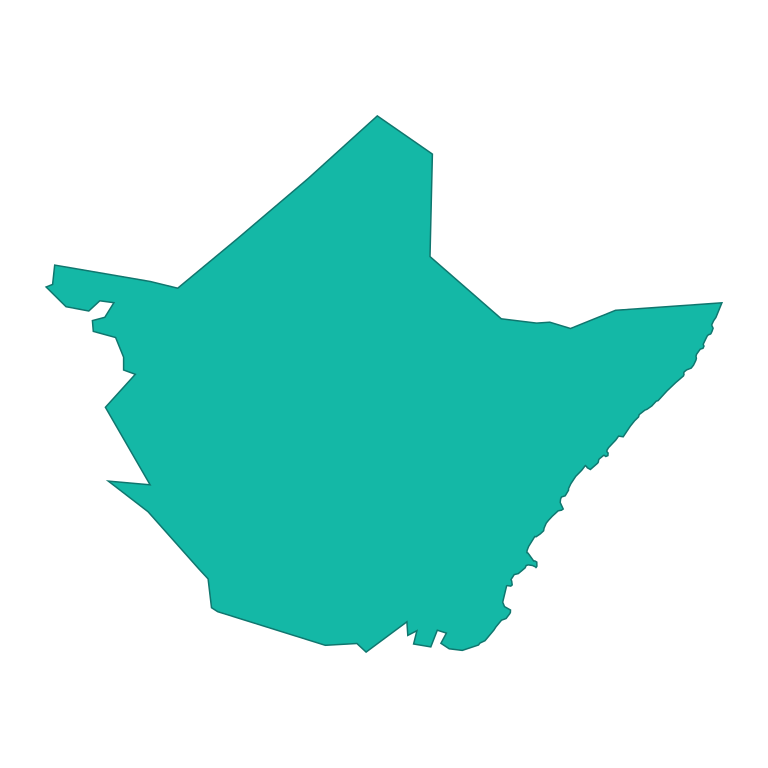 Greenbrier, West Virginia, United States of America (Albers equal-area conic projection)
{"feature_id": "52423323B57989185183638", "entity_name": "Greenbrier", "entity_type": "district", "adm_level": 2, "iso_a3": "USA", "parent_name": "United States of America", "parent_adm1": "West Virginia", "projection": "albers", "projection_center": [-80.27, 37.976], "detail": "fine", "context": "isolated", "style": "filled", "palette": "teal", "viewbox_px": 768, "rotation_deg": 0, "n_neighbors": 0, "source": "geoboundaries", "source_scale": "gbopen_adm2", "svg_char_len": 2079}
<svg xmlns="http://www.w3.org/2000/svg" viewBox="0 0 768 768"><path d="M54.7,265.1L52.6,284.4L46.1,287.0L66.0,306.7L88.8,311.0L99.8,300.8L113.9,302.7L104.8,317.3L92.4,320.6L93.3,331.4L115.6,337.5L123.6,357.2L123.6,370.0L135.3,374.3L105.4,407.3L150.1,484.8L108.3,481.1L148.0,511.7L199.2,569.3L208.1,578.9L211.5,607.7L217.7,611.7L325.3,645.3L356.9,643.5L366.1,652.1L406.9,621.8L407.8,635.4L416.9,630.7L413.6,644.0L430.8,646.9L437.3,630.2L446.4,633.1L440.9,643.3L449.2,648.8L462.3,650.4L478.5,645.0L479.9,643.1L485.0,640.7L493.8,630.2L496.0,626.8L501.5,620.2L506.1,618.5L509.8,613.6L510.4,612.4L510.5,610.0L504.5,606.6L502.7,602.2L506.6,585.9L507.3,585.6L510.8,586.1L512.2,584.9L511.7,581.1L511.0,579.6L514.2,574.6L518.3,573.6L525.1,567.9L526.2,565.5L528.3,564.9L532.5,565.5L535.5,566.9L536.0,567.5L536.3,567.2L536.9,566.2L536.8,562.1L534.8,560.9L533.7,561.0L528.0,553.1L526.9,552.6L527.1,550.4L528.6,546.5L534.8,536.5L536.0,536.8L536.5,536.5L540.3,533.9L543.6,530.8L544.1,528.1L546.2,523.2L548.6,520.2L552.2,516.3L558.2,510.8L561.5,510.2L563.2,509.0L560.2,502.5L560.6,498.9L561.5,497.0L565.2,495.8L568.5,490.3L568.6,488.4L570.8,483.8L575.7,476.4L581.7,470.3L585.3,465.6L586.5,466.5L587.3,467.8L590.4,469.5L597.6,463.2L598.3,462.1L598.7,459.8L599.3,458.9L603.6,455.4L604.1,455.3L605.8,456.5L607.9,455.6L608.1,453.0L606.9,451.7L607.0,450.2L608.5,447.7L615.8,440.0L618.6,436.1L623.2,436.8L630.2,426.3L634.6,420.8L638.5,417.0L639.2,414.6L644.9,410.1L647.0,409.3L652.0,405.8L652.3,405.4L656.2,401.2L658.1,400.6L666.9,391.0L675.6,382.7L683.5,375.9L684.0,374.3L683.7,373.0L684.2,371.9L686.6,369.9L691.2,368.1L693.5,365.2L695.8,360.5L696.4,358.4L696.0,356.1L696.6,354.2L700.2,349.2L703.0,348.3L704.0,346.1L703.3,344.7L703.4,343.8L707.2,336.0L708.6,334.6L709.8,334.4L710.9,333.7L712.0,331.4L713.1,328.2L711.9,325.7L711.8,324.6L713.7,320.6L715.9,317.5L721.9,302.8L615.5,310.3L570.5,328.5L549.8,322.2L536.6,323.1L501.3,318.8L430.0,256.6L432.4,154.1L377.3,115.9L307.7,178.9L269.0,211.8L236.9,239.1L177.7,288.2L150.3,281.5L54.7,265.1Z" fill="#14b8a6" stroke="#0f766e" stroke-width="1.5"/></svg>